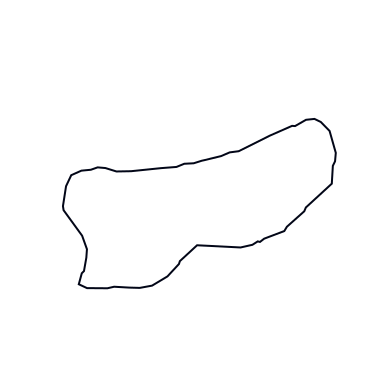 the district of Santa María Visitación, Sololá, Guatemala, rotated 232°
{"feature_id": "79465075B29728839269099", "entity_name": "Santa María Visitación", "entity_type": "district", "adm_level": 2, "iso_a3": "GTM", "parent_name": "Guatemala", "parent_adm1": "Sololá", "projection": "albers", "projection_center": [-91.331, 14.7], "detail": "fine", "context": "isolated", "style": "outline", "palette": "ink", "viewbox_px": 384, "rotation_deg": 232, "n_neighbors": 0, "source": "geoboundaries", "source_scale": "gbopen_adm2", "svg_char_len": 836}
<svg xmlns="http://www.w3.org/2000/svg" viewBox="0 0 384 384"><g transform="rotate(232 192 192)"><path d="M209.4,221.5L210.6,219.0L213.6,211.0L219.0,203.3L221.3,195.2L229.8,182.4L245.9,156.8L254.7,145.1L264.2,138.5L269.5,132.8L271.8,126.0L276.9,118.0L279.6,107.2L274.1,96.3L260.3,81.6L256.7,79.6L225.2,78.5L211.6,74.0L205.3,68.3L196.2,58.2L195.8,55.1L189.0,46.0L180.9,50.1L168.2,66.1L165.3,72.3L155.3,83.7L148.6,91.8L142.8,102.9L140.6,120.7L143.3,137.4L145.0,139.9L146.9,163.2L136.1,175.7L118.4,196.1L113.2,207.1L112.6,213.4L110.8,214.8L110.8,220.1L104.4,240.7L106.2,245.4L107.7,268.6L109.7,272.2L112.5,307.3L125.9,319.1L128.1,323.6L134.3,329.4L155.4,338.0L167.9,336.6L174.2,333.5L178.7,326.3L180.5,313.8L182.5,311.6L188.5,288.0L195.4,253.9L200.0,246.1L202.4,237.0L209.4,221.5Z" fill="none" stroke="#020617" stroke-width="2"/></g></svg>